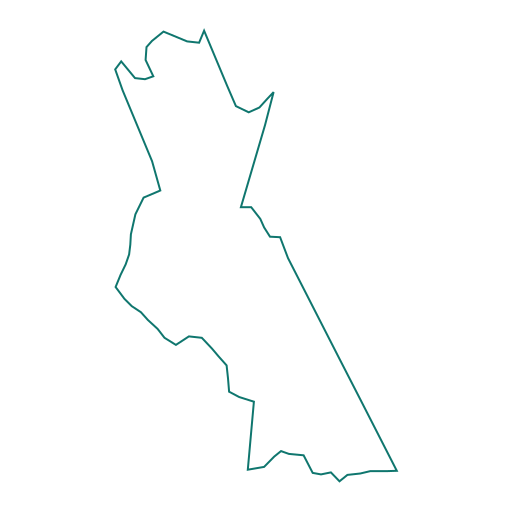 outline of Belém de Maria, Pernambuco, Brazil
{"feature_id": "56859067B86605110153500", "entity_name": "Belém de Maria", "entity_type": "district", "adm_level": 2, "iso_a3": "BRA", "parent_name": "Brazil", "parent_adm1": "Pernambuco", "projection": "albers", "projection_center": [-35.819, -8.601], "detail": "fine", "context": "isolated", "style": "outline", "palette": "teal", "viewbox_px": 512, "rotation_deg": 0, "n_neighbors": 0, "source": "geoboundaries", "source_scale": "gbopen_adm2", "svg_char_len": 975}
<svg xmlns="http://www.w3.org/2000/svg" viewBox="0 0 512 512"><path d="M280.1,237.2L270.0,236.7L264.1,227.4L260.3,218.9L251.2,207.2L240.9,207.2L265.0,125.2L273.6,92.1L267.3,98.8L259.4,107.5L248.7,112.3L235.9,106.1L227.1,85.7L204.1,30.7L199.1,42.7L187.1,41.4L163.5,31.6L152.0,40.9L146.5,47.1L145.6,60.0L153.3,76.3L145.0,79.2L135.0,78.1L121.2,61.4L115.2,69.4L122.6,90.3L144.5,143.0L152.1,161.3L160.3,190.5L143.6,197.6L135.4,214.3L130.9,234.3L130.3,244.7L129.1,254.5L125.7,264.3L120.6,274.8L115.6,287.0L124.4,298.8L131.8,306.2L140.9,312.2L147.9,320.0L157.6,328.9L164.5,337.8L175.9,344.9L188.9,336.4L201.8,337.8L211.9,348.5L218.5,356.3L226.6,365.4L228.0,378.3L229.1,391.7L239.1,397.0L253.9,401.7L247.8,469.7L264.1,466.9L274.2,456.6L281.0,451.1L288.9,453.9L303.6,455.3L312.7,472.9L321.0,474.4L330.9,472.4L339.5,481.3L347.4,474.9L360.3,473.5L370.4,471.1L388.0,471.1L396.8,470.8L360.3,399.4L339.5,358.9L288.0,258.1L280.1,237.2Z" fill="none" stroke="#0f766e" stroke-width="2"/></svg>